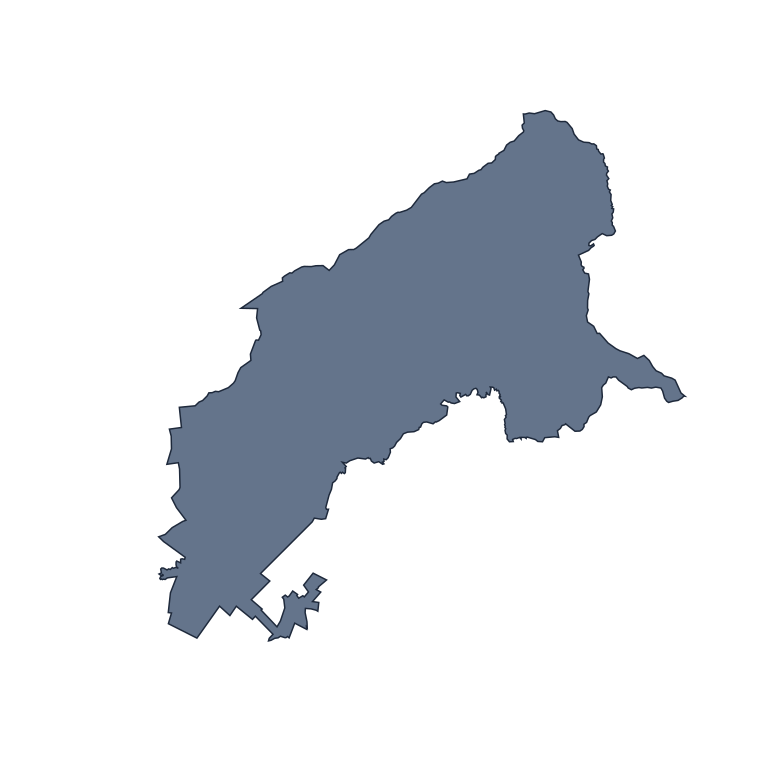 the district of Sanzieni, Covasna, Romania, rotated 70°
{"feature_id": "2599482B84054601093949", "entity_name": "Sanzieni", "entity_type": "district", "adm_level": 2, "iso_a3": "ROU", "parent_name": "Romania", "parent_adm1": "Covasna", "projection": "orthographic", "projection_center": [26.129, 46.084], "detail": "fine", "context": "isolated", "style": "filled", "palette": "slate", "viewbox_px": 768, "rotation_deg": 70, "n_neighbors": 0, "source": "geoboundaries", "source_scale": "gbopen_adm2", "svg_char_len": 6166}
<svg xmlns="http://www.w3.org/2000/svg" viewBox="0 0 768 768"><g transform="rotate(70 384 384)"><path d="M586.8,539.5L581.1,537.7L571.8,536.3L568.0,534.6L570.4,529.4L573.4,525.1L574.9,523.9L567.0,520.0L564.0,525.6L557.9,514.6L554.0,518.0L553.0,515.3L552.2,515.0L548.5,505.0L537.5,515.3L545.5,528.3L553.6,526.1L556.8,531.7L555.2,532.7L556.1,537.4L552.9,538.3L552.2,537.2L547.3,540.6L550.8,545.6L551.2,547.4L548.6,549.0L549.6,552.5L552.0,551.8L560.5,553.8L571.3,562.4L575.6,567.6L554.4,576.8L553.8,575.5L541.3,582.5L530.1,558.7L519.9,564.9L489.0,498.6L486.2,495.4L489.7,489.1L490.6,484.9L482.7,479.0L482.1,480.9L480.2,481.0L469.7,473.7L465.0,469.4L459.3,466.1L458.4,463.1L456.8,460.6L455.3,459.9L452.1,456.2L451.9,455.3L453.4,454.6L452.7,453.2L454.6,451.9L454.1,450.7L450.2,449.0L449.5,449.4L448.6,447.7L443.3,449.9L445.4,446.5L444.4,442.4L444.6,433.9L448.2,427.0L447.8,424.0L449.0,423.5L449.2,422.3L452.1,422.2L454.9,420.3L455.2,415.5L459.0,412.7L459.0,411.4L456.9,412.2L456.8,410.5L454.5,409.9L455.9,407.8L454.7,405.3L450.3,401.3L447.0,400.4L447.0,397.7L446.0,395.3L443.2,392.2L441.0,387.3L437.4,382.8L437.3,378.4L439.1,372.0L438.7,367.0L436.8,365.7L437.0,364.4L434.3,362.0L433.5,360.0L434.3,356.8L438.2,351.5L437.1,348.6L437.6,347.9L437.3,344.7L434.6,335.7L427.4,331.9L426.0,332.6L423.8,336.7L422.1,337.6L419.5,332.9L423.0,329.9L423.3,328.5L424.8,327.4L426.5,324.4L426.4,318.9L420.8,320.8L417.2,319.2L417.3,318.0L418.9,315.5L420.8,316.7L422.6,316.2L421.7,310.8L423.4,310.3L423.9,308.9L423.2,306.4L420.1,303.4L419.3,301.2L419.5,299.1L421.0,298.3L424.0,298.5L425.9,300.3L427.1,298.1L430.3,297.0L430.2,295.9L431.1,294.9L430.9,292.5L429.0,291.9L428.3,290.9L426.4,290.7L429.5,289.9L430.5,288.6L424.9,285.0L423.2,285.2L424.2,282.9L425.1,282.1L427.6,282.2L427.3,280.3L429.1,280.2L429.0,278.9L430.2,278.4L432.1,279.0L433.4,278.5L434.7,279.3L435.5,278.8L436.0,279.4L435.6,280.1L436.7,280.5L439.3,279.2L440.5,280.3L441.4,279.3L442.2,279.6L442.6,278.5L449.0,278.2L454.7,279.4L455.2,280.7L456.9,280.6L458.5,283.0L462.6,283.7L463.5,284.6L465.1,284.4L466.0,285.2L467.6,284.9L468.9,286.1L472.1,286.6L474.2,285.7L477.7,287.1L481.2,285.9L482.3,282.2L480.1,282.1L479.9,279.4L480.6,278.1L480.6,274.8L482.6,274.0L481.0,273.5L482.3,270.1L483.7,269.0L482.7,268.6L483.0,267.4L488.0,260.7L490.6,259.1L492.5,254.8L489.4,251.3L492.0,241.5L493.9,238.1L487.2,237.0L486.1,233.5L483.9,230.9L484.1,227.9L483.5,227.0L493.7,220.7L495.2,216.0L494.5,213.2L492.5,210.6L490.2,209.9L489.4,206.8L485.2,203.0L484.2,201.3L482.9,194.0L477.7,187.5L470.7,183.2L461.9,180.7L460.0,178.2L459.0,175.3L454.1,170.7L456.0,168.5L455.7,166.2L456.7,163.6L460.7,162.2L469.5,156.3L471.3,155.9L474.0,153.5L473.7,150.0L474.5,145.7L475.9,143.1L477.3,137.6L479.3,134.0L479.9,129.7L482.5,125.2L485.9,124.6L493.3,125.2L496.9,124.2L498.7,122.9L499.0,118.4L500.0,113.3L499.0,108.6L497.9,106.4L498.4,105.4L494.0,108.0L479.9,109.1L476.9,111.6L472.1,118.1L468.8,119.5L464.6,123.8L459.4,125.6L452.6,126.7L446.0,130.0L446.7,137.1L439.4,143.4L433.5,150.9L430.1,154.0L422.2,159.4L410.1,164.1L409.4,166.4L401.5,167.2L395.4,171.5L389.0,170.5L384.2,166.8L382.3,166.8L375.2,164.1L369.3,160.6L366.9,160.8L355.9,155.1L350.5,154.2L348.4,157.5L344.6,158.2L343.8,156.6L342.7,156.2L341.1,157.7L339.4,158.0L336.9,156.9L329.4,157.2L328.4,145.9L326.8,142.9L326.1,139.9L325.6,139.1L324.0,139.2L324.9,142.5L323.9,144.1L321.8,143.3L320.2,139.9L320.3,136.3L318.7,133.0L317.3,127.5L320.8,124.0L322.1,119.2L321.6,116.8L319.4,114.2L314.3,114.4L312.8,115.2L310.2,114.2L308.6,114.7L306.1,112.2L302.2,111.7L300.9,109.8L298.0,108.3L296.9,109.9L295.6,108.4L294.1,109.4L293.3,108.1L289.1,108.2L283.6,105.8L280.6,106.5L279.1,105.0L277.7,106.4L274.4,106.5L272.5,105.3L269.2,105.0L267.9,102.5L263.8,103.5L262.2,102.7L260.7,100.3L258.7,100.8L256.5,99.8L254.8,101.4L252.3,101.0L250.6,101.8L248.0,100.8L247.1,99.6L243.0,99.4L242.5,99.6L242.1,101.5L238.7,102.7L236.9,102.5L235.9,103.7L232.7,102.9L230.1,104.7L229.5,106.7L227.3,108.7L225.1,113.6L221.1,117.7L214.2,119.9L208.3,119.8L200.8,122.5L199.3,123.9L197.9,128.1L196.2,130.8L193.4,132.3L189.2,132.6L185.5,134.1L182.2,139.0L181.5,150.1L179.0,154.9L178.6,159.1L177.9,160.7L186.7,162.9L188.0,165.7L191.0,166.4L193.8,166.0L194.9,166.8L196.7,172.4L200.2,178.6L200.0,182.7L201.4,187.1L205.5,191.4L206.5,197.1L207.1,197.4L207.8,200.4L208.5,201.5L211.1,202.6L213.1,207.2L212.2,210.7L214.1,216.9L215.8,219.6L215.6,221.8L216.9,227.2L216.0,231.9L219.6,235.8L218.0,249.5L216.0,256.6L213.3,259.7L213.8,264.3L213.1,268.2L215.0,274.3L218.0,280.8L218.4,283.8L227.4,297.9L228.4,303.3L228.1,310.7L227.4,312.1L227.6,314.5L229.1,319.6L231.3,323.4L231.0,328.3L232.5,334.1L238.9,345.1L241.5,348.2L246.8,363.5L247.3,366.4L245.6,371.3L247.3,381.4L255.1,389.9L258.5,396.7L251.9,400.8L249.6,407.5L248.8,412.2L246.2,418.8L245.9,421.3L247.1,429.3L248.3,432.6L247.3,434.5L248.5,440.4L249.5,443.2L252.8,444.1L253.7,456.6L256.5,466.3L257.5,467.5L263.9,492.5L269.9,477.0L278.3,481.1L290.9,482.3L291.9,481.7L295.6,482.6L299.9,486.9L298.9,489.2L299.5,490.1L310.2,499.3L316.3,501.0L319.6,513.0L323.4,517.3L330.0,522.7L331.7,525.1L334.2,531.5L334.7,542.0L333.2,545.0L333.4,548.4L332.4,551.6L334.7,554.2L337.5,560.1L337.7,564.0L339.9,568.9L335.9,584.3L355.6,589.2L353.0,601.1L360.2,601.8L372.3,605.9L385.2,615.5L387.6,604.2L394.0,605.2L411.3,611.0L413.1,612.5L418.3,622.6L429.2,621.3L444.3,616.7L444.3,620.1L446.5,632.1L450.5,640.9L450.5,648.0L456.7,645.0L478.8,630.1L480.6,631.3L479.2,633.5L479.1,635.0L482.5,636.3L479.5,639.3L480.1,640.2L482.9,641.3L485.4,641.3L486.9,640.3L485.1,642.2L485.2,644.8L484.1,645.7L485.2,648.3L484.1,649.5L484.5,651.5L481.6,654.1L480.9,655.7L481.5,657.1L485.4,657.8L485.6,660.4L487.9,658.9L488.1,658.2L487.3,657.4L487.8,656.9L488.4,657.1L488.5,659.4L489.2,660.4L490.2,661.2L491.2,660.8L491.0,660.0L492.0,659.2L491.9,658.2L492.8,656.5L492.1,653.9L494.1,644.6L507.2,656.1L525.0,664.9L526.5,662.0L535.5,668.6L558.8,646.7L536.5,614.5L548.9,608.0L542.3,598.8L560.2,588.1L558.2,584.3L581.2,573.9L583.7,578.8L585.9,580.4L586.2,577.8L585.6,573.6L586.3,570.3L585.6,567.6L588.6,563.7L588.8,562.5L588.3,561.0L590.1,560.0L578.2,549.7L588.1,540.6L585.7,539.9L586.8,539.5Z" fill="#64748b" stroke="#1e293b" stroke-width="1.5"/></g></svg>